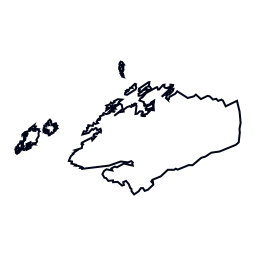 Bjugn nor, Sør-Trøndelag, Norway (orthographic projection)
{"feature_id": "86288312B97318118947912", "entity_name": "Bjugn nor", "entity_type": "district", "adm_level": 2, "iso_a3": "NOR", "parent_name": "Norway", "parent_adm1": "Sør-Trøndelag", "projection": "orthographic", "projection_center": [9.771, 63.825], "detail": "fine", "context": "isolated", "style": "outline", "palette": "ink", "viewbox_px": 256, "rotation_deg": 0, "n_neighbors": 0, "source": "geoboundaries", "source_scale": "gbopen_adm2", "svg_char_len": 5789}
<svg xmlns="http://www.w3.org/2000/svg" viewBox="0 0 256 256"><path d="M134.1,194.4L138.7,191.3L140.8,188.2L143.0,188.1L144.7,190.9L147.8,189.8L153.3,184.7L152.9,182.1L152.6,182.9L151.3,181.5L152.4,179.8L160.7,176.4L167.8,169.8L174.2,169.8L175.8,168.7L177.7,169.6L188.8,165.1L192.5,165.2L201.3,157.8L205.4,156.6L211.2,152.7L219.6,151.5L235.7,144.9L238.7,142.4L239.8,132.8L239.5,129.0L240.6,122.9L239.6,111.7L237.0,100.8L225.7,106.3L223.0,100.7L221.4,99.6L218.2,100.9L216.2,98.8L213.0,99.5L209.6,96.3L207.5,95.9L200.9,99.1L195.9,94.6L193.8,96.4L187.7,98.0L177.2,91.3L175.2,93.8L169.4,97.0L168.9,98.9L167.4,98.5L167.8,99.8L165.9,98.1L166.8,95.9L166.4,95.2L169.4,94.4L172.9,90.8L173.4,89.0L170.8,89.5L169.0,92.4L167.4,92.5L166.3,95.0L164.7,94.7L161.6,96.7L172.7,86.5L173.1,85.0L170.4,84.7L170.5,86.6L168.1,87.5L168.7,87.8L168.4,88.4L165.1,87.8L164.2,86.9L164.5,84.7L163.0,85.0L159.0,89.5L157.9,89.5L157.3,87.2L156.6,87.2L146.7,92.7L145.8,92.3L147.1,90.8L146.5,89.4L143.0,90.1L146.0,87.4L146.8,89.4L148.1,89.7L147.3,91.7L151.4,88.8L149.6,86.4L148.1,86.5L149.0,84.9L149.4,82.1L148.4,82.3L139.0,88.7L138.8,90.1L139.6,90.1L139.1,91.1L141.4,91.9L138.5,93.7L138.6,95.7L141.6,95.5L144.7,93.0L146.0,92.8L146.2,93.0L142.3,97.5L140.4,98.4L139.4,100.5L143.8,102.0L143.9,103.6L144.9,104.1L144.1,105.3L144.4,106.0L147.4,105.0L146.2,107.8L146.9,108.7L145.7,108.7L146.0,109.9L149.0,108.9L147.2,111.1L151.0,109.5L153.3,106.7L152.7,103.5L149.4,105.2L151.0,102.5L154.1,100.6L153.5,105.2L153.8,110.3L151.0,109.8L146.9,114.0L144.6,114.4L144.9,116.0L144.1,116.2L141.5,115.8L141.5,114.7L143.2,114.4L142.3,113.3L142.9,112.3L142.5,111.5L139.5,111.4L137.4,113.7L135.5,114.0L136.5,105.9L136.0,105.4L136.2,103.8L135.0,103.5L133.4,104.5L134.1,105.4L133.5,105.9L131.9,105.1L131.8,106.5L131.1,107.0L130.0,106.1L127.0,107.1L123.3,110.1L123.7,111.6L118.9,112.3L114.2,115.8L122.6,109.0L121.7,104.8L119.9,103.7L114.3,107.5L115.5,108.8L112.0,109.0L109.9,111.0L112.8,110.5L114.4,111.3L114.1,111.8L110.9,111.4L109.5,113.1L106.3,114.1L103.5,113.2L102.9,114.5L103.3,115.0L100.0,116.3L100.2,117.8L99.0,118.7L100.1,118.9L99.8,119.8L97.5,120.2L96.7,121.6L98.0,123.0L95.2,124.0L93.6,123.0L92.8,125.9L88.3,125.2L88.2,126.0L89.2,126.2L87.4,127.8L88.4,128.9L87.0,128.3L87.3,130.4L85.8,131.5L83.7,131.3L82.5,134.5L88.8,132.8L92.1,129.1L93.2,129.8L95.7,128.0L96.6,128.3L97.2,130.3L100.5,128.8L101.1,130.8L100.7,131.0L100.8,132.4L99.0,131.9L97.0,134.1L96.2,133.2L93.8,134.5L93.6,135.7L94.4,136.1L92.9,136.5L95.5,136.8L92.3,140.3L91.7,137.7L82.4,142.4L81.8,143.0L82.5,143.7L81.9,144.1L82.9,144.6L82.2,145.3L81.8,148.1L75.3,150.1L76.8,150.6L74.3,152.2L73.3,154.3L73.6,153.4L72.8,153.5L73.0,154.2L70.8,156.2L68.8,160.9L72.8,161.7L71.7,162.0L71.4,163.6L75.3,164.6L75.0,165.3L77.0,164.7L75.4,166.2L77.2,165.6L81.3,166.8L80.4,167.9L82.7,167.9L82.4,168.8L109.1,165.6L120.7,161.5L128.1,162.4L131.2,161.1L132.8,162.5L132.3,163.6L132.8,165.6L123.8,163.6L116.9,167.3L114.7,166.6L111.3,168.5L112.3,170.5L106.4,169.3L104.0,171.1L102.4,174.2L104.4,177.7L106.2,178.1L108.3,180.9L113.0,180.4L113.1,182.2L117.7,181.9L122.0,185.6L123.9,184.9L123.2,182.2L126.0,180.9L128.8,184.2L130.3,188.2L131.4,188.8L131.6,191.3L134.1,194.4ZM34.2,125.2L29.6,128.8L31.5,130.2L29.4,129.9L29.8,130.8L25.0,132.1L22.4,134.5L22.4,135.4L26.2,132.6L25.8,133.6L27.5,134.1L26.6,136.2L26.1,135.8L26.6,134.3L24.2,135.8L24.0,137.4L25.7,137.6L24.6,138.0L25.4,138.5L25.2,139.6L24.0,139.2L23.7,140.2L24.5,140.5L23.0,142.0L22.9,145.3L23.9,146.2L22.6,149.4L24.0,150.1L27.5,146.3L28.4,146.4L26.5,148.2L27.1,148.7L26.1,149.1L26.4,149.9L30.7,147.8L30.7,146.8L28.6,146.4L30.6,145.7L29.6,144.1L25.8,146.1L26.9,145.1L26.5,144.1L30.2,142.4L29.8,144.3L31.8,145.3L32.3,144.3L34.6,144.4L32.9,143.2L35.8,143.2L37.1,141.4L36.4,139.9L38.7,136.1L38.5,133.2L39.1,131.1L38.6,130.5L39.1,130.6L38.4,129.7L38.8,129.2L36.2,128.8L36.5,129.7L35.3,129.7L35.3,130.9L33.2,130.7L32.6,128.9L34.1,128.7L35.8,126.5L33.8,126.2L34.2,125.2ZM49.9,119.7L48.2,121.3L49.2,126.0L47.2,122.9L46.0,123.9L46.5,124.0L46.4,126.5L44.3,126.0L44.4,127.6L43.2,128.5L43.6,128.4L43.4,129.5L45.9,129.1L48.4,130.3L43.7,130.4L43.6,132.0L46.1,131.2L45.6,132.2L46.1,132.7L44.4,132.8L47.3,133.5L47.7,131.0L48.8,130.6L48.8,135.3L49.7,135.2L51.5,132.4L52.0,132.9L51.7,133.7L53.6,132.6L53.8,129.9L54.8,128.5L55.2,129.3L54.3,131.3L55.6,130.7L56.4,127.3L56.9,127.8L56.4,129.0L57.5,128.4L56.4,127.2L57.4,125.8L55.9,124.8L56.3,124.6L56.0,123.5L54.4,124.3L55.6,124.9L54.5,125.5L54.5,126.9L53.6,126.5L53.6,124.9L52.5,125.0L53.0,124.3L51.4,125.0L51.4,123.0L50.7,122.3L51.2,121.2L49.9,119.7ZM122.1,99.6L117.8,99.2L113.9,101.3L114.5,102.2L112.2,103.5L110.9,102.5L109.8,104.4L106.3,105.6L107.3,106.5L106.7,107.7L108.6,107.8L106.7,108.8L106.2,110.3L111.0,107.3L110.8,106.1L111.5,105.7L113.0,105.5L112.0,107.0L113.4,106.9L113.1,105.5L117.8,104.6L118.8,102.1L122.1,99.6ZM135.6,84.1L134.9,83.8L132.0,86.6L132.5,88.0L130.2,87.7L129.1,89.9L127.4,89.9L127.9,91.1L125.9,91.0L126.3,92.3L125.3,92.6L125.0,94.4L127.2,94.8L135.6,89.4L136.3,87.4L135.6,86.3L135.9,84.7L134.8,84.8L135.6,84.1ZM122.1,62.0L120.8,61.6L119.6,63.2L119.5,64.2L121.0,64.5L119.8,65.1L119.1,67.8L120.4,68.1L119.4,69.5L120.2,70.1L119.8,71.6L120.2,71.0L120.5,71.5L120.0,72.4L121.9,70.4L120.4,73.3L121.5,74.4L120.4,74.8L122.2,74.9L121.8,75.3L122.7,75.9L122.3,76.6L123.5,77.0L122.8,75.8L123.4,75.6L122.7,74.5L122.9,73.8L122.0,73.4L123.5,69.8L123.4,68.8L122.6,69.4L123.3,66.8L121.8,66.5L121.8,65.5L124.1,64.8L122.1,62.0ZM21.9,141.3L20.5,141.3L19.8,143.6L18.1,144.8L18.1,146.6L16.6,146.0L17.2,146.5L16.5,146.8L17.0,148.1L15.8,148.3L16.1,149.5L15.4,149.6L15.8,151.5L16.9,149.6L16.7,151.4L19.0,151.5L16.2,153.0L17.0,153.8L19.4,152.3L19.7,151.3L18.4,149.8L18.9,147.7L19.6,148.5L19.7,150.6L20.5,150.3L21.8,145.3L21.1,143.2L22.0,142.7L21.4,142.1L21.9,141.3Z" fill="none" stroke="#020617" stroke-width="2"/></svg>